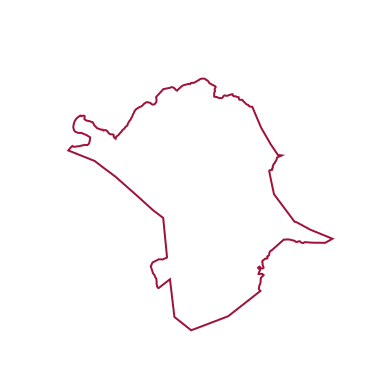 the district of Santiago Textitlán, Oaxaca, Mexico, rotated 43°
{"feature_id": "50627088B13437276838139", "entity_name": "Santiago Textitlán", "entity_type": "district", "adm_level": 2, "iso_a3": "MEX", "parent_name": "Mexico", "parent_adm1": "Oaxaca", "projection": "equal_earth", "projection_center": [-97.325, 16.718], "detail": "fine", "context": "isolated", "style": "outline", "palette": "rose", "viewbox_px": 384, "rotation_deg": 43, "n_neighbors": 0, "source": "geoboundaries", "source_scale": "gbopen_adm2", "svg_char_len": 5357}
<svg xmlns="http://www.w3.org/2000/svg" viewBox="0 0 384 384"><g transform="rotate(43 192 192)"><path d="M264.4,295.4L285.7,293.7L301.3,262.0L302.2,260.1L303.2,258.1L309.5,217.7L309.4,217.7L308.7,217.7L307.5,217.5L307.0,217.3L306.5,216.7L305.9,215.7L305.4,215.0L304.9,214.1L304.7,213.1L304.2,212.2L303.9,211.4L302.9,210.4L302.4,209.7L301.9,209.0L301.5,208.6L301.0,207.8L300.9,206.7L301.0,205.6L301.0,204.6L301.0,203.9L299.1,204.0L297.3,205.8L297.0,206.4L296.5,206.6L294.9,202.5L294.4,202.3L293.6,202.4L293.1,202.5L292.6,202.5L292.3,202.5L292.0,202.4L292.0,201.3L292.3,200.5L292.7,200.5L294.1,200.7L294.8,200.6L295.1,200.4L295.4,200.2L295.7,199.9L295.9,199.4L295.9,198.9L296.0,198.6L295.5,198.2L294.6,197.7L294.0,197.4L293.0,196.9L292.2,196.1L292.1,195.8L291.3,195.3L290.8,195.1L290.6,194.6L290.6,194.3L290.6,193.6L290.6,193.3L290.8,192.2L290.8,191.5L290.9,191.0L291.1,190.8L291.5,190.4L291.9,189.9L292.3,189.4L292.2,188.7L291.7,188.4L291.2,188.1L291.0,187.7L291.1,187.1L291.4,186.7L291.5,186.2L291.3,185.5L290.9,184.7L290.3,184.2L290.1,183.8L289.9,183.2L289.7,182.5L289.6,182.1L289.7,181.6L289.7,181.0L289.9,180.8L290.0,180.6L291.6,164.1L292.8,163.2L293.4,162.2L294.6,161.3L295.4,160.5L296.2,160.0L297.4,159.3L298.5,158.8L299.3,158.3L300.0,157.8L300.7,157.7L301.4,157.8L302.2,157.4L302.9,156.9L303.3,156.1L303.5,155.5L304.3,154.7L304.5,154.5L305.5,154.6L306.6,154.3L306.9,154.2L307.3,154.1L307.9,153.7L308.3,153.2L308.5,152.2L308.6,151.8L312.6,148.6L314.9,146.7L324.1,138.3L326.6,130.4L304.2,138.9L289.1,142.8L287.2,143.8L253.5,137.7L242.3,129.9L234.4,124.2L234.2,124.1L233.9,123.3L234.5,122.6L235.0,121.8L235.4,121.2L235.0,120.8L234.9,120.5L234.9,120.1L234.6,120.0L234.6,119.5L234.4,119.1L234.3,118.8L234.1,118.8L233.9,118.6L233.8,118.3L233.4,117.9L233.3,117.6L233.1,116.6L232.7,116.1L232.6,115.7L232.7,115.2L232.8,114.9L232.8,114.7L232.7,114.0L232.6,113.9L232.4,113.6L232.3,113.1L232.3,112.6L232.2,112.3L232.0,111.9L232.0,111.2L231.8,110.6L231.3,109.9L230.9,109.2L230.7,108.5L231.3,107.6L231.3,107.1L231.2,106.9L231.4,106.4L231.7,106.3L231.8,105.9L232.5,104.8L232.8,104.0L229.5,106.3L216.9,103.4L216.7,103.4L215.0,102.8L198.6,97.8L178.0,88.6L176.0,90.1L175.0,90.2L174.6,90.1L174.1,90.0L173.6,90.0L173.3,90.2L172.6,90.6L171.8,90.7L170.9,90.6L170.5,90.6L170.1,90.6L169.4,90.6L168.6,90.6L168.0,90.7L167.1,90.6L166.4,90.3L165.4,90.6L164.6,91.5L163.8,92.1L163.1,92.0L162.1,91.4L161.6,90.9L160.6,91.4L159.5,92.0L158.5,92.4L157.8,92.9L157.3,93.4L156.4,93.6L155.7,93.5L155.1,92.8L154.4,93.5L153.7,94.6L153.3,95.5L152.8,96.4L152.2,97.5L151.6,98.2L150.9,98.6L150.4,98.8L150.1,99.0L149.7,99.6L149.6,100.3L149.8,101.1L149.9,102.0L149.7,103.1L148.4,104.3L147.2,105.0L146.2,105.4L145.4,105.6L144.5,106.3L143.2,107.1L142.1,106.0L140.9,104.7L140.3,103.5L140.1,102.5L139.5,102.1L138.7,101.7L138.2,100.9L137.9,99.8L137.7,99.0L137.0,98.8L135.4,99.2L133.9,99.7L132.5,100.0L131.0,100.4L129.7,100.4L128.8,100.0L127.3,99.9L125.5,100.4L125.3,100.4L124.9,100.3L124.4,100.3L123.9,100.6L123.4,100.9L123.1,101.2L121.6,102.7L121.1,103.6L120.8,104.3L120.7,105.2L120.6,105.8L120.2,106.7L120.0,107.7L119.6,108.7L119.3,109.7L119.1,110.5L118.8,111.0L118.5,111.3L117.9,111.8L116.9,112.9L117.0,114.3L115.4,115.8L114.1,117.9L113.7,118.5L113.1,119.5L112.6,120.6L112.2,122.8L112.1,124.8L111.9,126.5L111.9,128.1L110.3,128.4L109.9,128.3L109.2,128.1L108.3,128.1L106.9,128.4L106.1,128.8L105.4,129.5L104.8,130.8L104.0,132.0L100.9,136.3L101.0,147.1L102.1,147.9L102.9,148.5L104.1,149.8L104.6,151.0L104.8,153.3L103.7,154.9L102.5,155.3L101.3,155.2L100.3,155.6L99.6,155.9L98.5,156.5L97.6,157.2L97.0,159.0L96.7,160.9L96.8,161.9L96.8,162.5L96.4,164.3L95.8,165.4L95.2,167.2L94.9,168.7L94.6,170.0L94.8,171.5L95.2,173.1L95.6,174.1L96.0,175.6L96.3,176.5L96.9,177.9L97.2,179.4L97.7,180.8L97.8,182.6L98.1,184.1L98.5,185.9L99.4,187.5L99.0,189.7L99.2,191.2L99.2,192.5L98.9,194.3L99.2,195.7L99.2,198.7L99.4,200.4L99.2,201.6L98.9,203.4L99.8,205.0L97.9,205.3L96.7,204.7L95.8,203.7L94.8,203.9L93.4,205.1L92.2,205.7L90.4,205.7L89.3,205.5L88.6,205.2L87.7,205.4L86.8,205.5L86.0,206.3L85.2,207.5L84.1,207.3L83.1,208.4L82.1,208.7L81.3,209.2L80.1,209.6L78.8,210.1L77.1,209.9L75.2,209.9L74.3,209.6L73.2,209.0L72.3,208.9L71.4,208.8L70.1,209.6L68.8,210.0L67.0,211.2L66.3,211.5L65.5,212.0L64.6,212.0L63.3,211.9L62.4,210.3L61.4,209.7L60.3,210.4L59.1,212.2L58.2,212.3L57.6,215.1L57.4,217.3L57.6,218.5L58.1,220.9L58.6,221.6L59.0,222.6L59.7,223.8L60.4,224.8L61.1,225.7L62.2,226.4L63.1,227.0L63.9,227.3L64.9,227.5L65.6,227.4L66.3,227.2L67.1,227.0L68.1,226.5L68.8,226.1L69.3,225.6L71.1,224.1L73.6,223.2L76.4,222.2L80.4,221.5L81.4,222.9L82.3,224.3L83.4,226.3L83.7,227.4L83.5,229.1L81.8,230.3L80.9,231.5L79.6,233.3L78.7,234.8L77.8,235.9L77.0,236.9L75.9,238.3L74.6,239.6L73.9,240.0L73.2,239.9L72.9,240.9L73.2,246.0L99.6,235.7L109.0,234.8L125.8,233.0L155.1,232.2L176.0,231.9L188.6,230.6L218.4,256.9L218.0,258.0L217.6,258.9L217.2,259.7L217.0,260.3L216.9,260.8L216.7,261.1L216.4,261.5L215.6,262.1L213.6,263.9L213.1,265.3L211.2,270.4L212.5,274.5L217.7,277.3L218.2,277.7L219.1,278.1L219.9,278.1L220.8,278.3L221.4,278.5L222.1,278.7L222.8,279.2L223.9,279.5L225.2,279.8L225.6,280.4L226.2,280.7L226.6,281.1L227.3,281.7L227.6,282.0L228.0,282.5L228.6,283.2L229.3,283.8L230.1,284.2L230.7,284.8L231.6,285.1L232.3,285.3L233.1,285.0L235.4,270.9L238.3,273.3L255.4,287.8L257.9,289.9L264.4,295.4Z" fill="none" stroke="#9f1239" stroke-width="2"/></g></svg>